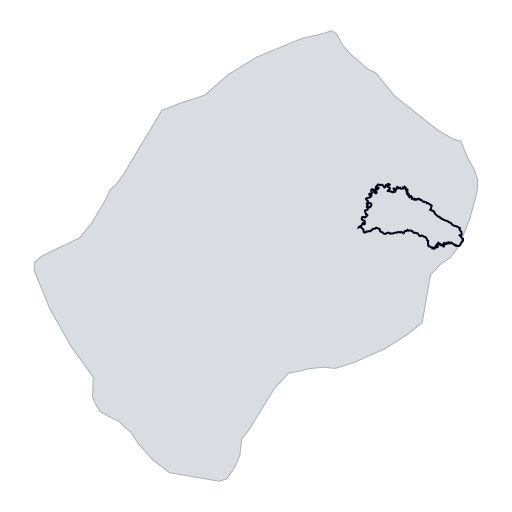 location of Menoaneng, Mokhotlong, Lesotho
{"feature_id": "5366337B74637186434694", "entity_name": "Menoaneng", "entity_type": "district", "adm_level": 2, "iso_a3": "LSO", "parent_name": "Lesotho", "parent_adm1": "Mokhotlong", "projection": "orthographic", "projection_center": [29.096, -29.433], "detail": "fine", "context": "in_parent", "style": "outline", "palette": "ink", "viewbox_px": 512, "rotation_deg": 0, "n_neighbors": 0, "source": "geoboundaries", "source_scale": "gbopen_adm2", "svg_char_len": 7063}
<svg xmlns="http://www.w3.org/2000/svg" viewBox="0 0 512 512"><path d="M354.0,362.5L337.0,367.9L334.6,368.4L323.7,367.2L309.2,368.6L297.8,371.6L288.9,372.8L274.5,388.3L248.6,430.3L241.7,439.1L239.9,455.5L233.9,468.6L226.6,478.8L219.4,481.3L197.5,477.5L169.5,472.6L153.1,460.2L138.4,443.8L130.6,431.8L122.5,425.3L119.7,421.7L108.2,416.3L103.9,413.5L100.0,411.5L95.3,403.5L92.5,396.6L93.3,377.2L85.1,365.8L71.0,346.3L62.0,330.3L49.7,308.4L42.0,289.6L34.1,270.2L34.9,261.8L42.1,255.9L63.2,245.7L79.6,237.9L91.2,223.7L103.9,202.7L110.0,190.1L116.2,184.3L123.0,175.4L134.7,155.7L147.8,133.8L161.9,110.3L179.9,103.3L204.6,95.3L228.2,74.7L256.5,57.2L302.2,38.3L323.5,33.5L331.6,30.7L336.8,34.2L342.3,44.9L350.1,53.8L368.2,69.3L375.9,73.0L394.6,96.0L414.5,111.7L437.4,129.9L453.0,139.0L461.0,141.5L467.5,157.6L474.2,169.6L477.9,180.8L477.1,191.7L469.9,218.4L459.3,245.6L450.9,257.0L440.6,264.1L430.5,274.9L426.7,296.7L422.2,322.5L409.1,333.1L399.0,340.0L385.0,348.6L354.0,362.5Z" fill="#d9dde1" stroke="#a8b0b8" stroke-width="1"/><path d="M461.6,242.8L461.8,242.1L462.2,241.5L463.0,240.8L463.0,239.0L462.9,238.7L462.5,238.8L462.0,238.4L461.1,236.8L459.7,235.4L459.7,235.1L460.5,235.2L461.6,234.7L461.7,234.0L461.3,231.7L461.0,231.5L459.6,229.5L459.4,229.1L459.9,228.1L456.2,226.2L455.5,226.2L452.6,225.0L452.3,224.8L451.3,223.4L450.0,222.4L448.7,222.2L447.7,221.1L445.2,220.5L444.7,220.1L444.1,220.0L443.2,219.4L442.5,219.2L441.9,218.6L441.3,218.7L440.7,218.2L440.3,217.5L439.9,217.3L439.7,217.4L439.2,217.1L439.0,216.7L437.9,216.4L437.5,215.9L436.5,215.2L436.1,214.8L435.5,214.3L435.1,213.7L435.0,213.3L434.7,213.0L434.7,212.8L434.5,212.3L433.8,211.9L433.8,211.6L433.6,211.3L433.6,211.1L432.9,211.0L432.5,210.5L431.6,210.5L430.9,209.9L430.2,209.9L430.3,209.4L430.9,208.8L431.1,207.3L431.7,206.1L431.7,205.7L431.5,205.3L430.3,204.8L430.2,204.6L429.5,204.3L428.5,203.4L427.8,203.0L426.9,203.3L426.7,202.8L426.0,202.2L425.0,202.2L424.5,201.7L423.2,201.8L422.7,201.2L422.3,201.0L421.4,200.0L420.4,200.1L420.0,199.7L420.0,199.4L418.8,198.7L418.1,198.8L417.6,199.4L417.1,199.3L417.0,199.1L416.6,199.2L416.2,199.2L415.9,199.1L415.7,199.4L415.8,199.8L415.3,199.9L414.6,199.2L414.6,198.9L414.4,198.7L414.2,198.8L414.2,199.0L413.8,199.0L413.7,199.4L413.5,199.5L413.0,199.1L412.8,198.8L412.2,198.8L412.4,198.3L411.8,198.1L411.5,197.6L412.0,197.5L412.0,197.3L411.3,197.3L410.8,197.0L411.1,196.4L411.0,196.2L410.7,196.3L410.0,196.9L409.7,196.7L409.5,197.1L408.9,196.4L409.3,196.0L408.9,196.0L408.7,195.8L409.0,195.3L408.2,194.9L408.7,194.4L408.7,194.2L407.5,194.2L406.8,193.5L406.9,193.1L407.5,192.6L407.0,192.1L407.1,191.6L406.7,191.8L406.6,191.4L407.3,191.3L407.4,191.1L407.0,190.7L406.9,190.2L406.2,190.3L406.1,190.0L406.9,189.7L407.2,189.7L407.3,189.5L406.7,189.2L406.3,188.6L405.9,188.9L405.5,188.8L405.6,188.2L405.1,188.1L405.0,187.9L405.3,187.4L404.9,187.2L404.6,186.8L404.2,187.3L404.7,187.8L404.5,188.2L404.9,188.4L404.8,188.5L403.2,187.6L403.2,188.2L402.9,188.5L402.0,188.8L401.0,188.7L400.1,187.6L398.8,188.3L398.4,188.1L398.0,187.3L397.4,186.9L397.2,186.9L396.8,187.5L396.7,188.8L396.1,189.7L395.4,189.5L394.0,188.4L393.6,188.5L393.6,189.0L393.8,189.2L395.1,189.7L395.6,190.3L395.3,191.3L394.9,191.9L394.2,192.1L393.9,191.6L393.5,191.5L392.3,192.3L391.7,192.0L390.9,191.3L389.2,191.3L387.8,191.0L387.9,190.7L389.1,189.7L389.9,188.4L389.8,188.0L389.1,187.4L388.8,187.4L387.8,186.8L387.3,186.3L387.2,185.8L387.6,185.3L389.4,185.2L389.8,184.9L389.8,184.6L388.6,183.9L388.3,183.9L387.2,184.5L386.1,184.9L385.2,187.1L384.6,187.5L384.1,187.3L383.6,186.1L382.3,184.9L381.4,184.7L380.7,185.1L380.0,185.1L378.7,184.5L378.1,184.5L376.1,186.6L375.8,188.3L376.0,188.5L376.5,188.3L376.9,187.8L378.0,187.4L378.5,187.7L378.5,188.4L377.1,189.5L375.2,189.5L374.8,189.7L374.7,190.1L374.8,191.0L376.5,191.9L376.7,192.7L376.3,193.2L375.8,193.3L374.7,192.8L374.0,191.9L373.4,189.9L372.8,189.3L371.7,189.4L371.3,189.8L371.2,190.2L371.3,191.2L371.9,192.7L371.8,193.5L371.3,193.8L369.8,193.6L369.4,193.8L369.2,194.3L369.4,194.9L369.8,195.1L370.7,195.1L371.4,195.4L371.3,196.1L370.1,197.3L366.8,198.2L366.3,198.4L366.0,198.7L366.0,199.0L366.8,200.2L368.1,201.3L368.1,202.1L367.2,203.2L366.8,203.3L366.7,203.6L366.9,204.3L367.0,204.4L367.5,204.2L368.4,203.6L369.3,203.2L370.3,203.1L371.1,203.8L371.4,204.4L371.1,205.7L370.6,206.7L369.7,207.4L369.4,207.4L369.3,207.1L367.8,206.2L366.9,206.3L366.8,206.5L366.8,206.9L367.7,207.9L367.8,209.1L367.6,209.6L367.3,209.7L366.2,210.2L365.1,210.3L364.9,210.7L365.5,212.9L366.0,213.9L366.2,214.7L366.4,215.0L367.1,214.7L367.3,214.9L367.4,215.2L365.7,217.1L365.0,217.4L363.1,216.9L362.2,217.2L362.2,217.5L361.7,218.8L361.8,219.3L362.5,220.2L364.1,220.5L364.6,221.0L364.9,221.7L364.6,221.8L364.5,223.0L364.9,223.6L364.8,223.9L364.6,224.2L364.4,224.3L364.0,224.0L363.7,223.3L363.4,223.1L362.7,223.1L362.4,223.6L362.4,224.3L361.5,225.5L359.5,226.6L358.8,227.1L358.7,227.4L360.0,226.9L361.5,227.6L362.1,228.4L362.9,229.0L363.6,229.8L363.7,230.3L363.4,231.0L363.6,231.7L363.9,232.4L365.3,232.5L365.7,232.3L366.4,231.5L366.8,231.7L367.6,231.6L368.7,231.1L370.1,231.3L370.4,230.8L371.2,230.7L371.6,230.4L372.6,228.9L374.1,228.8L374.7,228.9L375.8,227.8L376.6,227.7L377.3,228.3L378.9,228.6L379.8,229.3L380.0,229.6L379.8,230.7L380.2,231.5L382.3,232.2L383.3,233.4L385.5,234.0L386.0,233.7L386.4,233.2L387.2,233.0L388.0,232.6L388.8,232.7L389.9,233.6L390.9,233.4L391.7,233.6L392.2,233.4L392.9,233.5L395.2,232.6L397.2,232.6L397.9,232.0L398.6,231.9L400.1,232.5L401.2,231.8L401.9,232.1L403.1,233.2L403.6,233.3L403.8,233.2L404.3,231.8L404.7,231.2L405.4,230.9L406.4,231.1L407.3,229.9L408.3,230.7L409.3,230.3L410.3,230.7L411.4,230.7L412.9,231.7L413.3,232.5L414.2,232.9L415.5,232.7L417.0,233.4L417.6,233.3L419.4,235.8L420.1,236.1L420.6,236.2L421.2,235.6L421.8,235.4L422.6,235.8L424.2,236.8L425.5,237.0L426.2,238.1L426.7,238.5L427.0,240.1L428.2,240.9L428.0,241.8L428.0,243.9L428.3,244.6L428.2,245.4L428.6,246.2L428.9,246.4L430.2,246.5L431.0,247.3L431.8,247.5L432.1,248.0L432.3,247.6L432.7,247.5L433.0,247.9L433.6,248.2L434.0,248.8L434.2,248.7L434.1,248.1L434.6,247.7L436.0,247.7L436.1,247.3L435.6,247.4L435.5,247.2L435.5,246.3L435.7,246.0L435.9,246.0L436.0,246.5L436.6,246.5L437.5,247.0L437.7,246.9L437.2,246.0L436.6,245.3L436.6,244.5L436.8,244.3L437.7,244.8L437.9,244.7L437.8,244.1L438.3,242.7L438.7,242.9L438.7,243.3L439.4,243.8L439.1,244.2L439.4,244.7L439.6,244.7L439.8,244.2L440.2,243.9L440.9,244.7L441.0,245.2L441.4,245.2L442.0,244.8L442.4,245.6L443.6,246.6L444.2,246.2L444.1,245.7L443.9,245.0L443.3,244.8L443.2,244.6L443.4,244.4L443.7,244.4L443.5,243.9L444.1,243.5L444.2,243.0L444.8,243.2L445.3,243.6L445.5,244.1L445.9,244.2L446.4,244.0L446.2,243.1L446.7,242.7L447.0,242.7L447.5,243.4L448.0,243.5L448.2,243.3L448.2,242.6L448.8,242.2L449.1,242.3L449.7,243.4L450.1,243.5L450.5,243.3L450.6,242.8L451.1,242.5L451.4,242.8L451.4,243.0L452.3,243.1L453.4,244.3L453.9,244.3L454.7,244.9L455.5,244.9L455.5,245.6L455.7,245.8L456.7,246.0L456.8,245.8L457.6,245.9L458.0,245.7L458.8,245.9L459.5,245.8L460.6,244.4L461.1,243.1L461.6,242.8Z" fill="none" stroke="#020617" stroke-width="2"/></svg>